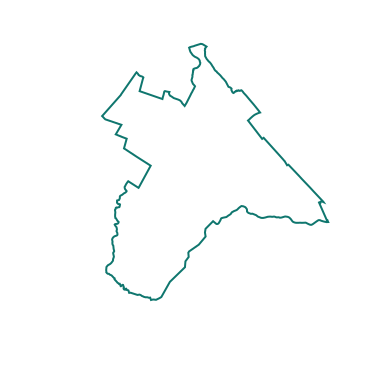 Magurele, Prahova, Romania, rotated 222°
{"feature_id": "2599482B52570992106417", "entity_name": "Magurele", "entity_type": "district", "adm_level": 2, "iso_a3": "ROU", "parent_name": "Romania", "parent_adm1": "Prahova", "projection": "natural_earth1", "projection_center": [26.057, 45.099], "detail": "fine", "context": "isolated", "style": "outline", "palette": "teal", "viewbox_px": 384, "rotation_deg": 222, "n_neighbors": 0, "source": "geoboundaries", "source_scale": "gbopen_adm2", "svg_char_len": 6001}
<svg xmlns="http://www.w3.org/2000/svg" viewBox="0 0 384 384"><g transform="rotate(222 192 192)"><path d="M72.4,261.6L72.6,261.1L90.6,269.2L90.4,269.7L89.6,269.8L89.4,269.9L89.7,270.4L89.8,271.1L89.7,271.3L88.6,272.1L87.4,272.5L87.8,272.6L102.1,273.8L107.3,274.3L119.3,275.2L123.3,275.6L138.6,276.8L139.2,275.5L144.0,277.0L144.4,276.9L145.4,277.1L147.1,277.3L175.0,280.2L175.4,278.4L198.2,282.6L198.0,283.8L197.9,285.7L197.6,288.6L197.2,290.9L196.8,292.1L196.0,294.0L195.1,295.8L194.6,296.6L195.1,296.7L197.2,297.1L204.6,298.3L211.4,299.2L216.2,299.9L219.8,300.2L221.7,300.6L223.3,300.7L223.7,300.3L223.7,300.0L223.8,299.7L224.2,299.1L224.5,298.9L225.0,298.9L225.4,298.8L225.5,298.7L225.5,298.4L225.5,298.1L225.7,297.9L225.9,297.5L226.3,297.6L226.5,297.5L226.6,297.2L226.5,296.8L226.9,296.4L226.7,296.0L227.0,295.6L227.0,295.4L227.3,295.0L227.2,294.5L227.3,294.2L227.3,293.6L227.3,293.4L227.7,293.2L228.7,293.2L231.1,294.2L231.8,295.3L233.4,295.3L234.9,294.7L235.4,294.6L240.7,296.6L244.0,297.1L245.6,297.1L248.8,297.6L250.9,297.7L252.6,297.7L253.6,297.7L254.3,298.0L255.3,297.8L255.9,297.8L257.1,298.0L259.2,298.8L261.0,299.2L262.9,299.8L263.8,300.0L265.5,300.3L266.3,300.2L267.2,300.3L267.9,300.3L268.5,300.5L269.8,300.6L271.1,301.0L271.7,301.3L272.6,301.5L273.2,301.8L274.1,302.8L274.8,303.4L276.2,305.1L276.9,305.5L277.5,306.2L277.8,307.0L278.0,307.2L278.3,307.3L278.4,308.0L278.5,309.8L283.1,308.9L284.6,308.0L287.8,302.6L288.3,301.5L289.7,299.5L290.5,298.1L290.7,297.3L290.1,297.0L288.6,296.0L287.0,295.1L283.1,294.2L282.7,294.2L282.1,294.3L281.0,294.3L279.6,294.6L278.6,295.0L276.3,295.3L275.0,295.1L274.0,294.7L273.3,294.0L272.5,293.7L272.3,293.6L271.4,292.2L271.3,291.7L271.3,291.2L271.0,290.6L271.0,290.3L271.2,289.3L271.1,288.9L271.1,288.6L271.5,287.3L272.5,286.0L272.7,285.4L272.9,285.2L273.2,284.5L273.1,284.1L272.9,283.7L272.6,283.6L272.6,283.2L272.2,283.0L272.1,282.4L271.5,281.9L271.1,281.1L270.0,279.6L270.0,279.1L269.3,278.5L268.7,277.8L267.5,275.3L267.2,274.8L266.3,274.2L265.9,274.1L265.4,273.8L263.7,273.0L261.5,272.8L260.5,272.6L259.6,269.6L259.4,268.3L258.9,266.8L258.5,264.8L257.9,262.8L257.5,261.3L256.4,257.2L255.7,254.6L255.0,251.0L258.7,251.4L260.4,252.0L262.4,252.0L264.2,251.4L268.4,249.6L269.2,249.5L270.9,249.3L272.9,248.9L274.4,249.4L274.8,249.7L275.3,250.1L275.7,251.2L277.7,249.9L279.4,249.0L279.6,248.9L279.8,248.5L279.7,247.9L278.2,245.3L277.0,242.7L276.7,242.3L276.2,241.3L298.4,231.9L304.3,243.4L304.5,244.0L304.8,244.6L305.2,244.6L306.3,244.4L307.1,244.1L308.0,243.5L309.0,243.5L309.8,243.2L311.5,243.7L313.3,243.8L313.2,242.3L312.3,235.3L310.0,217.0L309.8,216.5L309.8,215.8L309.6,190.2L309.6,188.3L308.1,188.2L306.1,188.0L305.0,188.0L289.4,194.7L287.2,183.8L280.8,186.1L276.2,187.9L271.7,178.9L256.6,181.2L240.3,183.9L234.5,159.5L234.5,159.3L246.6,157.3L246.6,156.6L246.2,153.6L245.6,151.6L245.6,151.2L245.4,150.6L244.6,149.9L243.9,149.5L243.4,149.3L241.3,149.0L241.0,148.6L241.1,147.0L241.7,145.4L242.0,143.3L242.7,141.4L242.7,141.1L242.7,140.6L242.6,140.4L241.5,139.1L241.0,137.7L240.9,137.2L242.0,135.6L241.7,135.1L241.1,134.6L240.6,133.9L240.4,133.8L238.8,133.7L238.2,134.1L237.9,134.4L237.2,134.6L236.6,133.7L236.1,132.8L235.9,132.3L235.9,132.1L236.6,131.3L237.1,130.3L237.8,130.0L237.9,129.8L238.0,129.2L237.8,128.8L237.4,128.3L237.3,127.3L237.1,127.0L236.3,126.4L235.2,125.4L234.2,124.0L232.8,122.4L231.5,121.4L231.2,121.6L230.4,121.4L228.1,120.7L226.6,120.7L226.3,120.4L226.1,120.1L226.0,119.1L226.2,118.5L227.5,116.8L227.6,116.7L227.6,116.0L225.9,115.5L224.5,115.3L224.2,115.1L222.9,114.1L222.4,113.4L222.0,112.5L221.8,112.3L220.1,111.6L219.1,110.7L218.8,110.3L218.7,110.0L218.7,109.7L218.9,109.1L220.0,107.1L220.1,106.3L220.2,105.6L220.1,104.6L219.7,103.4L219.4,103.1L217.6,101.7L217.3,101.1L216.6,100.4L216.0,99.9L215.6,99.7L214.7,99.5L214.4,99.3L212.2,97.3L210.4,96.1L210.2,95.9L210.0,95.2L210.0,94.5L209.8,94.0L209.3,93.5L206.9,91.8L206.6,91.4L206.0,90.0L205.7,89.2L205.1,88.6L204.7,87.7L204.5,85.1L204.7,83.6L205.5,81.2L205.4,79.3L205.4,79.1L205.1,78.6L204.6,78.0L203.5,76.5L202.3,75.5L202.0,75.0L200.8,74.8L199.9,74.9L199.5,75.2L199.0,75.6L197.7,75.6L196.0,76.2L192.4,75.9L192.2,75.9L191.9,76.1L191.6,76.0L191.4,75.5L191.2,75.3L190.7,75.2L187.6,74.9L186.7,74.7L185.9,74.9L184.5,74.8L184.3,74.9L184.2,75.4L182.9,75.1L182.5,74.5L181.9,74.3L181.7,74.5L181.4,76.6L181.1,76.8L178.8,75.6L178.7,75.0L178.5,74.7L178.1,74.4L177.7,74.2L177.0,74.2L176.7,74.4L176.7,75.2L176.4,75.9L176.2,76.1L175.6,75.9L175.5,75.4L175.4,75.3L174.0,76.1L173.5,76.3L172.6,75.9L172.1,75.5L171.2,75.0L170.2,76.1L169.7,76.3L166.6,77.7L163.7,79.0L163.4,79.3L162.5,80.5L162.2,80.7L161.1,81.1L159.7,81.2L158.5,81.7L158.1,81.7L157.0,82.2L156.2,82.6L154.7,83.9L153.2,84.6L152.4,85.5L150.2,84.3L149.2,85.8L148.2,86.7L146.6,87.8L145.2,91.2L144.5,93.4L148.3,110.4L146.9,131.4L150.5,136.1L151.0,141.5L154.1,144.4L154.4,145.9L151.7,157.4L152.1,168.0L155.3,170.6L157.3,173.7L156.8,184.4L152.5,184.6L151.9,185.0L151.4,185.8L151.3,186.4L151.3,186.8L151.9,189.7L152.6,191.7L152.6,192.2L151.7,193.7L149.7,196.4L149.5,197.3L149.3,198.5L148.6,201.0L148.5,201.5L148.7,202.4L148.7,203.2L148.7,204.2L148.3,204.9L148.0,206.0L147.2,207.5L146.8,208.4L146.6,209.2L146.5,211.4L146.3,212.7L146.0,214.2L145.8,214.7L144.3,215.7L142.9,216.2L142.1,216.4L140.9,216.2L139.9,216.0L139.3,215.6L138.0,214.3L137.2,214.2L136.1,214.2L133.6,215.2L132.6,216.3L131.5,216.7L128.8,217.7L126.6,217.8L123.4,219.0L122.6,219.6L121.8,220.3L120.6,221.9L119.1,224.3L117.5,226.0L115.7,227.3L114.8,228.4L114.2,228.9L113.2,229.3L112.6,229.5L112.1,229.8L110.8,231.1L110.3,231.4L109.5,231.7L108.8,232.4L108.2,233.2L106.7,235.7L106.3,236.2L105.0,237.1L104.2,237.6L103.4,237.9L102.5,238.1L100.5,238.0L98.2,237.5L97.2,237.4L96.3,237.6L94.7,238.3L93.5,239.2L91.1,241.5L89.4,242.9L87.0,245.3L84.4,246.0L82.8,246.5L82.0,246.9L81.4,247.4L81.1,247.9L80.7,249.1L79.8,253.3L79.3,255.3L79.0,255.9L78.3,256.5L77.8,256.8L76.7,257.1L74.6,258.1L73.5,258.7L71.8,259.7L70.7,260.8L72.4,261.6Z" fill="none" stroke="#0f766e" stroke-width="2"/></g></svg>